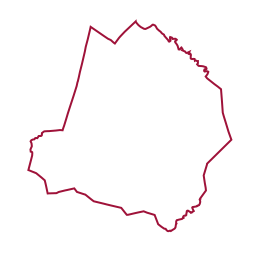 the district of San Pedro Amuzgos, Oaxaca, Mexico, rotated 356°
{"feature_id": "50627088B31860900059957", "entity_name": "San Pedro Amuzgos", "entity_type": "district", "adm_level": 2, "iso_a3": "MEX", "parent_name": "Mexico", "parent_adm1": "Oaxaca", "projection": "albers", "projection_center": [-98.077, 16.678], "detail": "fine", "context": "isolated", "style": "outline", "palette": "rose", "viewbox_px": 256, "rotation_deg": 356, "n_neighbors": 0, "source": "geoboundaries", "source_scale": "gbopen_adm2", "svg_char_len": 3766}
<svg xmlns="http://www.w3.org/2000/svg" viewBox="0 0 256 256"><g transform="rotate(356 128 128)"><path d="M163.5,233.8L164.0,233.5L164.9,233.0L167.2,231.8L167.5,231.6L167.8,231.3L167.9,231.1L168.2,230.8L168.4,230.5L169.1,227.5L169.5,227.0L169.3,226.9L169.6,224.4L170.2,223.4L172.7,222.9L175.5,222.5L176.1,222.0L177.2,221.6L177.2,221.2L176.7,220.8L176.9,220.4L177.0,220.1L177.5,219.6L177.8,219.5L178.1,219.4L178.7,219.3L179.2,219.3L179.4,219.4L180.1,218.8L180.1,218.5L180.2,217.7L180.4,216.9L180.6,216.6L180.7,216.4L180.7,215.9L180.8,215.3L180.9,215.0L181.3,214.7L181.7,214.6L182.2,214.7L183.9,216.0L185.1,216.4L185.0,216.9L185.4,216.9L185.7,216.8L186.0,216.5L186.2,216.4L186.5,216.2L187.5,215.5L187.8,215.4L187.7,215.1L187.5,214.9L186.5,212.0L186.6,211.8L186.8,211.6L186.9,211.4L190.9,211.0L192.2,210.5L192.4,210.3L192.3,210.2L192.6,210.1L192.8,210.0L193.5,209.9L193.8,209.4L194.0,209.1L194.3,208.7L194.9,206.8L194.9,205.8L194.7,205.0L194.5,204.5L194.5,204.3L194.7,204.1L194.8,203.9L195.3,203.7L195.2,203.2L201.4,195.8L201.3,193.0L200.8,188.3L200.2,180.6L204.3,169.8L204.3,169.6L204.4,169.1L217.6,157.8L230.3,146.9L228.0,138.7L225.9,129.5L224.4,123.1L223.6,119.3L223.6,112.6L223.6,107.8L223.5,95.8L220.5,93.0L217.2,90.2L213.5,86.8L210.3,83.9L209.9,83.2L209.1,82.1L211.0,79.9L211.7,78.4L211.9,77.7L212.0,77.6L211.8,77.3L210.9,76.9L209.5,76.8L209.0,76.9L208.9,77.0L208.4,77.0L207.9,76.3L208.1,75.5L208.5,74.8L209.0,74.7L209.9,74.8L210.3,74.7L210.5,74.0L210.0,72.8L207.3,71.7L205.8,71.4L204.3,71.2L202.7,70.9L201.4,69.3L201.9,68.7L202.3,68.1L202.4,66.1L201.7,66.1L199.9,65.2L199.4,65.5L199.2,63.8L198.0,63.6L196.7,63.7L196.4,63.6L195.5,63.1L195.4,62.9L195.6,60.6L195.8,60.1L195.8,59.1L195.4,58.3L194.4,58.6L193.7,58.3L193.9,57.4L194.5,56.3L191.9,57.3L191.0,56.9L190.3,55.7L187.4,54.2L188.0,53.4L186.9,51.4L186.7,51.5L185.2,53.2L184.8,53.3L184.0,53.1L183.2,49.4L182.4,47.8L181.1,45.8L181.0,44.8L182.5,43.9L182.8,43.3L181.6,42.3L179.5,42.2L179.1,42.3L178.7,42.3L178.4,42.0L178.4,41.5L178.1,40.9L176.4,40.2L176.2,40.6L176.2,41.8L176.2,42.5L176.5,43.4L176.4,44.0L175.4,44.7L174.7,44.5L174.2,43.2L172.0,40.3L171.5,39.7L171.2,39.1L170.7,38.6L170.4,37.4L168.6,36.1L167.8,35.1L167.3,34.3L165.9,33.1L163.9,31.0L162.9,28.8L162.2,27.7L161.8,27.4L161.3,27.2L160.7,26.8L160.0,26.7L159.7,26.7L158.3,27.8L157.0,28.6L153.5,30.0L152.4,30.4L152.0,30.4L150.8,30.1L149.1,29.0L148.3,28.5L147.6,28.0L145.6,26.1L143.8,23.7L143.1,22.3L143.1,22.2L141.8,23.3L131.5,31.7L126.7,36.1L125.2,37.6L120.8,42.8L119.6,41.8L116.9,39.0L114.3,37.6L111.1,35.1L100.3,26.5L97.8,24.5L97.0,27.2L94.0,36.8L91.5,44.1L90.3,48.7L86.5,61.0L84.0,68.6L82.3,74.5L82.0,75.4L81.2,78.0L80.8,78.8L79.7,82.6L76.0,92.0L75.6,93.0L71.4,103.3L69.0,109.3L67.2,114.1L64.5,121.1L63.2,124.1L62.6,125.7L60.0,125.3L55.8,125.5L49.2,125.6L46.5,125.5L44.4,125.5L43.6,125.8L43.1,126.2L41.8,127.0L41.7,127.4L41.8,127.9L41.5,128.7L41.6,129.0L41.1,129.7L40.5,129.9L40.1,129.9L39.8,129.8L38.3,129.8L37.5,131.0L36.8,131.8L36.5,131.7L36.3,131.7L35.4,131.5L34.5,131.8L34.0,132.6L33.6,132.8L32.5,132.8L30.8,133.4L29.9,134.5L30.7,136.6L30.8,138.9L30.7,139.8L30.1,140.8L29.2,142.6L29.3,144.8L30.7,145.4L30.8,146.3L30.5,148.6L30.3,149.3L28.5,154.7L25.7,163.0L33.3,166.7L38.8,171.9L41.3,174.4L41.8,177.3L42.3,180.5L43.3,187.7L44.7,187.7L52.1,188.0L54.4,187.0L60.8,185.9L63.0,185.6L65.6,185.2L70.2,184.5L72.6,188.2L79.5,191.0L80.8,191.5L86.1,196.4L88.7,198.7L96.9,201.3L98.8,201.9L101.5,202.8L102.8,203.2L105.0,203.9L115.7,207.2L118.7,211.6L119.6,212.9L120.7,214.5L121.8,214.6L124.3,214.2L127.4,213.7L132.6,212.9L137.8,212.2L141.1,213.8L146.7,215.9L148.5,216.6L151.4,226.1L154.5,228.9L157.2,231.0L158.5,231.2L158.9,231.9L159.3,232.6L160.3,233.5L160.8,233.7L161.5,233.7L162.8,233.3L163.5,233.8Z" fill="none" stroke="#9f1239" stroke-width="2"/></g></svg>